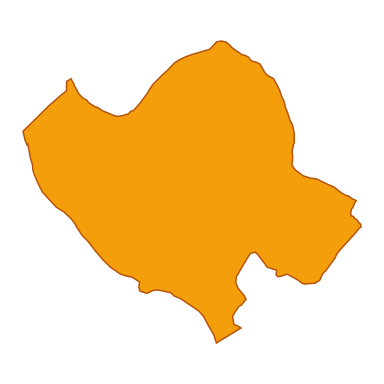 Abu Tisht, Qina, Egypt (Natural Earth projection)
{"feature_id": "37247803B97823956456767", "entity_name": "Abu Tisht", "entity_type": "district", "adm_level": 2, "iso_a3": "EGY", "parent_name": "Egypt", "parent_adm1": "Qina", "projection": "natural_earth1", "projection_center": [32.102, 26.129], "detail": "fine", "context": "isolated", "style": "filled", "palette": "amber", "viewbox_px": 384, "rotation_deg": 0, "n_neighbors": 0, "source": "geoboundaries", "source_scale": "gbopen_adm2", "svg_char_len": 3035}
<svg xmlns="http://www.w3.org/2000/svg" viewBox="0 0 384 384"><path d="M356.2,200.6L352.4,198.9L349.1,196.3L345.2,195.1L341.4,192.8L338.7,190.7L336.0,188.6L335.0,187.8L333.7,186.9L331.7,186.0L327.9,184.5L325.9,183.3L321.8,181.5L319.0,180.1L316.3,178.8L310.7,178.2L306.7,176.9L303.5,176.0L301.2,174.3L298.8,172.6L295.4,170.0L293.9,168.1L292.4,165.9L292.0,164.2L291.9,163.8L292.5,160.7L292.7,157.0L292.6,155.6L292.3,153.8L292.1,151.2L293.5,144.6L294.3,142.3L294.3,139.2L294.2,135.4L294.1,132.6L293.6,130.4L293.1,127.7L292.2,124.2L290.4,121.3L289.0,117.1L288.1,114.4L287.4,112.1L285.6,108.1L284.2,101.8L281.6,96.3L279.6,90.2L276.9,84.7L275.6,82.4L274.7,80.8L273.3,78.4L271.1,77.4L270.9,77.3L270.7,77.2L268.3,75.8L266.1,74.1L264.2,71.5L263.2,69.6L261.5,66.7L259.8,63.9L255.9,62.1L252.4,61.3L250.7,60.1L248.4,57.1L245.0,55.4L242.2,54.8L240.2,53.4L238.0,51.9L235.6,50.3L234.6,49.6L232.9,48.3L231.4,47.2L230.1,45.4L228.5,44.2L226.0,41.9L223.7,41.6L221.6,41.0L218.7,41.5L216.6,41.8L214.4,44.3L211.2,47.8L209.6,49.4L205.1,50.6L199.0,52.5L194.7,53.7L192.3,54.4L185.6,56.8L178.4,60.3L174.4,63.0L167.6,70.2L162.7,74.6L157.5,79.8L153.4,83.9L151.1,86.9L149.5,89.5L147.9,92.2L146.7,94.1L144.5,97.1L142.5,99.7L142.0,100.4L139.6,103.6L137.1,106.6L134.7,109.0L133.1,110.8L130.9,111.1L129.7,112.4L128.5,113.8L124.6,115.0L119.5,116.3L116.7,116.3L114.3,115.7L112.4,114.8L108.6,113.3L102.2,110.6L99.7,108.8L97.4,107.4L94.3,106.4L93.6,105.9L91.1,104.2L89.0,102.9L86.7,100.2L83.3,98.3L80.9,96.1L78.6,93.5L77.5,91.3L75.8,88.1L74.8,86.7L73.9,83.8L72.3,81.4L71.2,78.9L71.1,78.7L66.6,81.5L66.5,86.0L66.5,90.8L65.1,91.9L61.9,94.5L59.8,96.2L58.9,97.0L48.6,106.0L31.3,123.2L23.9,130.4L23.0,131.3L25.2,140.6L27.1,145.1L27.9,144.2L30.4,157.9L32.5,165.2L32.7,168.9L33.8,173.4L36.8,180.6L39.7,186.9L42.6,192.3L47.3,197.4L56.2,207.1L64.1,212.1L67.7,215.6L71.3,219.0L74.0,222.5L75.9,225.2L76.0,226.1L82.5,235.9L84.5,237.8L87.0,240.2L95.2,250.7L103.4,260.3L110.6,267.3L120.3,274.0L127.3,276.3L131.8,277.0L139.5,281.9L138.9,287.5L140.0,291.1L146.9,293.4L148.9,292.5L153.5,290.2L157.8,289.9L170.7,292.7L174.3,296.1L180.4,298.5L183.3,300.5L198.9,311.1L203.5,316.3L208.2,325.2L213.9,335.1L216.4,343.0L240.9,328.0L239.2,326.7L233.9,324.3L232.6,316.0L235.7,311.2L238.9,306.3L241.3,305.2L246.1,299.3L244.2,295.7L237.8,287.8L236.9,285.4L235.8,282.4L236.3,276.8L247.2,258.4L250.3,253.5L255.3,252.2L258.0,254.8L262.6,261.0L265.4,264.5L267.2,267.2L273.1,269.1L276.7,270.2L276.1,274.9L277.9,276.6L280.5,276.4L281.1,276.2L287.2,274.1L297.7,279.9L302.3,283.4L304.7,284.0L312.0,283.4L314.9,283.3L319.8,280.2L322.8,273.5L325.8,270.7L331.6,262.8L333.5,260.1L334.6,258.7L335.0,258.1L335.9,256.0L337.0,253.6L339.2,251.0L341.5,248.3L343.3,246.3L343.8,245.8L346.9,242.4L348.5,240.6L351.7,237.1L353.3,235.4L354.5,234.0L356.1,232.1L356.9,231.1L358.5,229.2L359.3,228.2L361.0,227.1L360.8,224.4L359.9,223.5L358.1,221.8L357.2,220.0L354.5,218.3L353.6,216.5L351.0,215.8L350.9,213.9L350.8,213.0L351.4,209.2L353.0,207.3L354.5,203.4L356.2,200.6Z" fill="#f59e0b" stroke="#b45309" stroke-width="1.5"/></svg>